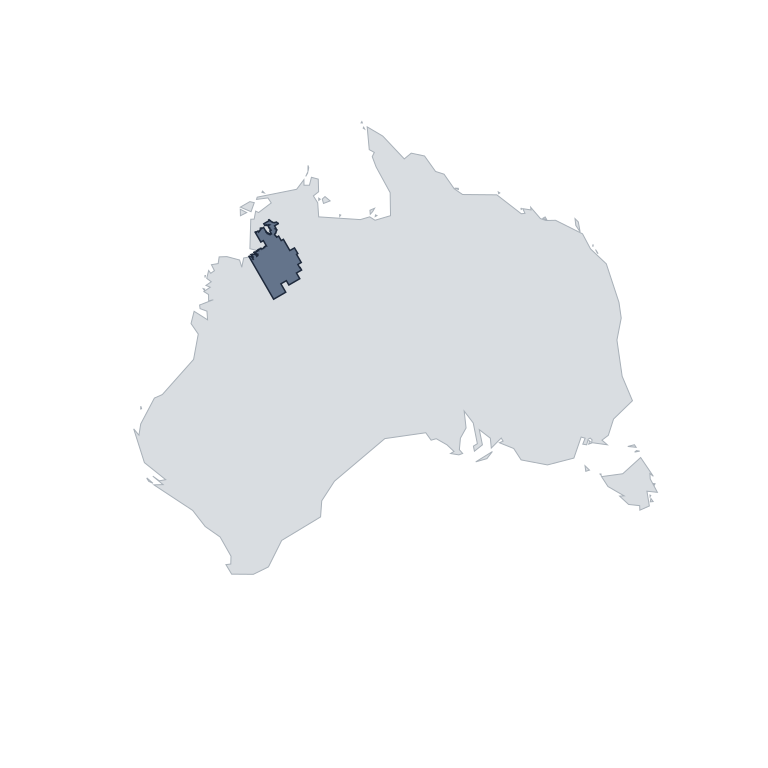 location of Victoria Daly, Northern Territory, Australia, rotated 330°
{"feature_id": "25037944B16072859725230", "entity_name": "Victoria Daly", "entity_type": "district", "adm_level": 2, "iso_a3": "AUS", "parent_name": "Australia", "parent_adm1": "Northern Territory", "projection": "mercator", "projection_center": [130.631, -15.929], "detail": "fine", "context": "in_parent", "style": "filled", "palette": "slate", "viewbox_px": 768, "rotation_deg": 330, "n_neighbors": 0, "source": "geoboundaries", "source_scale": "gbopen_adm2", "svg_char_len": 8487}
<svg xmlns="http://www.w3.org/2000/svg" viewBox="0 0 768 768"><g transform="rotate(330 384 384)"><path d="M506.9,168.7L514.1,199.2L523.0,197.7L533.1,206.8L534.9,225.7L540.9,232.3L542.4,250.0L546.8,259.2L576.3,276.6L588.0,305.2L591.4,306.7L591.9,301.6L598.4,306.8L599.4,304.3L602.2,319.0L606.0,323.4L614.4,328.0L631.0,353.2L630.4,370.3L636.6,391.1L628.3,430.8L622.4,445.5L607.7,462.4L594.1,496.4L590.8,522.7L565.3,529.1L552.6,540.6L544.7,541.6L547.0,548.3L534.5,538.6L536.3,536.3L535.5,533.9L533.2,533.9L529.1,538.0L526.1,535.5L531.1,531.5L528.2,528.5L511.4,543.1L485.1,535.8L464.8,518.3L464.1,504.7L454.6,492.6L458.6,493.0L458.5,489.4L444.9,493.1L449.0,484.1L443.7,471.2L438.8,485.9L428.7,487.4L430.4,482.5L435.0,482.4L441.8,462.4L439.9,447.5L433.1,463.1L423.1,469.1L416.4,478.6L417.4,483.5L413.4,482.8L406.9,477.5L410.9,477.4L408.1,468.1L401.9,457.5L396.7,456.2L395.8,447.1L357.4,431.7L292.5,443.4L271.7,454.0L262.6,467.4L217.2,468.3L192.5,484.6L175.7,483.5L157.0,472.5L156.8,461.4L161.3,463.3L165.4,456.6L165.6,434.6L157.9,418.1L155.1,397.8L134.3,356.3L142.4,360.7L137.7,348.2L141.0,355.5L147.1,357.7L137.2,332.3L144.8,297.7L146.2,305.8L153.3,297.0L178.1,281.4L186.8,282.3L231.4,267.5L248.1,247.9L247.1,235.2L255.9,226.1L263.3,240.2L267.1,232.4L262.4,226.8L263.8,223.4L278.3,225.7L273.7,224.3L276.8,218.8L274.2,213.9L281.9,213.3L279.1,209.6L285.5,209.1L283.3,203.9L288.9,198.0L289.3,201.5L293.8,201.1L294.2,194.4L300.6,196.8L304.8,191.5L311.6,195.1L320.9,204.4L319.2,211.8L325.5,204.7L338.7,209.4L341.4,205.4L335.5,199.8L351.0,174.7L354.0,176.3L359.3,170.1L361.1,172.8L376.9,170.8L376.5,164.8L365.9,160.4L367.6,158.8L405.7,171.7L416.8,167.0L414.1,171.9L418.8,174.6L424.5,168.7L429.5,173.7L423.5,184.8L416.9,185.8L417.2,193.9L411.0,206.6L445.7,229.8L455.2,232.1L458.1,237.7L473.8,241.5L485.0,221.4L485.7,192.1L487.5,181.2L491.4,178.6L488.4,173.7L498.0,152.9L506.9,168.7ZM526.1,573.0L545.9,581.1L569.5,576.0L571.1,598.6L569.5,594.5L567.1,599.3L566.6,614.5L558.1,608.3L552.8,622.3L542.5,621.2L544.6,617.2L535.6,610.6L532.0,598.9L536.0,600.9L526.7,584.8L526.1,573.0ZM348.0,159.0L359.0,159.0L362.3,162.1L355.0,168.3L348.0,159.0ZM424.5,497.3L444.1,496.7L435.8,500.1L424.5,497.3ZM426.6,192.2L428.9,198.5L421.9,197.4L423.0,193.0L426.6,192.2ZM629.9,350.3L629.4,342.6L632.1,336.3L633.3,340.8L629.9,350.3ZM563.9,560.0L570.5,561.8L570.7,564.9L563.9,560.0ZM346.9,160.8L350.8,166.9L343.8,166.5L346.9,160.8ZM518.9,561.3L515.1,560.5L517.2,555.3L518.9,561.3ZM463.7,227.1L460.4,229.0L457.0,230.1L458.7,226.5L463.7,227.1ZM134.3,354.5L131.6,350.7L131.4,347.3L131.8,347.1L134.3,354.5ZM569.3,567.9L571.9,570.0L567.0,568.3L569.3,567.9ZM604.5,319.9L607.1,319.9L607.1,323.3L604.5,319.9ZM543.2,249.7L546.2,251.7L545.7,252.8L543.2,249.7ZM557.9,616.6L558.3,620.4L555.7,619.2L557.9,616.6ZM634.4,373.3L634.6,377.6L634.2,377.5L634.4,373.3ZM375.9,158.7L374.1,157.0L375.3,156.2L375.9,158.7ZM427.0,159.0L424.3,162.1L427.5,156.7L427.0,159.0ZM634.7,368.2L633.5,369.6L634.3,368.0L634.7,368.2ZM431.0,216.1L429.5,216.7L430.3,215.2L431.0,216.1ZM421.2,192.1L419.3,192.4L420.4,190.4L421.2,192.1ZM162.3,281.6L161.7,284.2L160.8,284.0L162.3,281.6ZM494.8,151.4L494.7,153.5L493.9,152.0L494.8,151.4ZM533.2,535.1L533.7,536.8L533.0,536.3L533.2,535.1ZM423.6,163.0L420.0,165.1L423.7,162.5L423.6,163.0ZM283.6,200.8L282.2,202.3L283.1,200.6L283.6,200.8ZM559.3,613.9L558.1,614.6L558.8,613.2L559.3,613.9ZM462.1,234.6L460.1,234.6L461.2,233.3L462.1,234.6ZM276.2,212.2L275.2,213.0L275.1,211.0L276.2,212.2ZM568.9,605.9L567.2,607.0L567.7,605.0L568.9,605.9ZM496.0,145.7L495.8,147.1L494.7,146.4L496.0,145.7ZM532.3,537.4L534.0,538.9L531.2,538.4L532.3,537.4ZM579.8,276.4L578.5,276.5L579.0,274.8L579.8,276.4ZM590.8,301.3L590.1,301.4L590.6,300.0L590.8,301.3ZM526.9,570.3L526.4,571.7L526.0,570.0L526.9,570.3Z" fill="#d9dde1" stroke="#a8b0b8" stroke-width="1"/><path d="M330.8,255.4L344.8,255.4L344.8,245.7L351.1,245.7L351.1,250.7L363.7,250.7L363.7,244.1L369.6,244.1L369.6,241.2L369.2,241.2L369.2,237.4L373.1,237.4L373.1,228.0L374.6,228.0L374.5,221.4L369.2,221.3L369.2,208.4L366.7,208.4L366.7,203.2L364.7,203.2L364.4,203.2L364.4,202.9L364.4,202.7L364.5,202.4L364.3,202.0L364.4,201.9L364.3,201.6L364.2,201.6L364.2,201.4L364.0,201.2L364.1,200.5L363.8,200.0L363.9,199.9L364.0,199.9L364.1,199.7L364.3,199.6L364.5,199.5L364.6,199.4L364.8,199.3L365.0,199.4L365.3,199.2L365.5,199.3L365.6,199.1L365.7,198.9L366.2,198.7L366.5,198.5L366.5,198.4L366.6,198.1L366.9,197.8L367.1,197.8L367.2,197.5L367.5,197.3L367.6,197.2L367.8,197.2L368.0,197.3L368.4,197.1L368.5,197.3L368.5,197.1L368.3,196.9L368.0,196.5L367.9,196.2L367.9,195.8L367.4,195.2L368.3,195.2L368.3,192.3L372.6,192.3L372.7,192.1L372.7,191.7L372.4,191.4L372.2,191.2L372.1,190.9L372.1,190.7L371.9,190.4L371.9,190.1L371.7,190.1L371.1,189.8L370.9,189.8L370.9,189.7L370.7,189.6L370.4,189.5L370.1,189.6L369.8,189.6L369.7,189.5L369.6,189.4L369.4,189.2L369.2,189.1L368.9,188.8L368.7,188.7L368.4,188.4L368.4,188.0L368.3,187.9L368.0,187.5L367.8,187.4L367.6,187.2L367.5,186.6L367.5,186.4L367.3,186.1L367.3,185.7L367.2,185.6L366.9,185.5L366.9,184.9L366.8,184.7L366.7,184.5L366.6,184.2L366.3,184.2L366.3,185.1L360.0,185.1L360.0,187.2L361.3,187.2L361.3,187.5L361.7,187.5L361.7,188.0L363.0,188.2L363.8,188.4L364.2,188.6L364.3,188.8L364.5,189.0L362.6,189.0L362.6,191.4L362.8,191.4L362.8,191.5L362.7,191.5L362.9,191.8L362.6,191.8L362.6,194.1L363.1,194.1L363.1,194.4L361.6,194.4L361.6,197.8L360.8,197.8L360.9,197.7L360.9,197.4L360.8,197.2L360.7,197.2L360.3,197.1L360.2,197.1L360.1,196.9L360.1,196.7L359.9,196.7L359.7,196.8L359.6,197.0L359.4,196.6L359.4,196.3L359.2,196.4L359.2,196.1L358.9,196.0L358.7,196.0L358.7,195.9L358.8,195.7L358.5,195.7L358.4,195.5L358.2,195.4L358.4,195.0L358.6,195.0L358.7,194.8L358.5,194.7L358.4,194.5L358.3,194.3L358.1,194.3L358.1,194.0L357.9,194.0L357.9,193.9L358.1,193.7L358.4,193.4L358.4,193.1L358.1,193.1L357.7,193.2L357.6,192.9L357.4,192.6L357.5,192.7L358.0,192.5L358.0,188.2L355.8,188.2L355.8,187.6L355.6,187.6L355.4,187.5L355.1,187.3L355.0,187.2L354.8,187.2L354.7,187.4L354.5,188.0L354.6,188.4L354.3,188.5L354.2,188.6L354.0,188.8L353.7,188.9L353.6,188.7L353.3,188.7L352.6,189.4L351.9,189.4L351.9,189.6L351.6,189.6L351.4,189.7L351.4,188.5L349.1,188.5L349.0,188.4L349.0,188.1L348.7,188.0L348.4,188.1L348.5,188.4L348.3,188.3L348.3,199.5L351.2,199.5L351.2,205.3L351.1,205.2L351.0,205.4L350.9,205.3L350.6,205.4L350.4,205.3L350.2,205.4L350.1,205.5L349.8,205.4L349.7,205.6L349.3,205.5L349.2,205.4L349.1,205.5L349.0,205.8L348.9,205.9L348.8,206.0L348.7,205.9L348.6,205.6L348.4,205.6L348.2,205.9L347.9,205.8L347.7,205.9L347.6,206.0L347.3,206.0L347.1,206.1L346.8,206.1L346.7,206.2L346.3,206.1L346.1,205.9L345.9,205.9L345.7,205.6L345.6,205.4L345.4,205.3L345.5,205.2L345.4,204.9L345.4,205.0L345.2,205.2L345.2,204.9L344.9,204.8L344.8,205.0L344.6,204.9L344.4,204.8L344.1,205.0L343.9,205.0L343.3,205.1L342.8,205.1L342.7,205.0L342.6,204.8L342.6,204.7L342.4,204.7L342.3,204.8L342.0,204.7L341.8,205.0L341.5,205.0L341.8,205.2L341.8,205.3L341.7,205.2L341.3,205.4L341.4,205.5L340.8,205.7L340.4,205.6L340.0,205.6L339.3,205.6L338.9,205.4L338.8,205.5L338.7,205.6L338.5,205.3L338.0,205.0L337.9,205.1L338.1,205.5L338.3,205.7L338.4,205.8L338.5,206.0L338.2,206.2L337.8,205.5L337.4,205.1L337.1,204.9L337.0,205.0L337.4,205.6L337.5,205.7L337.5,205.9L337.6,206.0L338.1,206.8L338.2,207.1L338.3,207.2L338.2,207.0L338.4,206.9L338.5,206.9L338.5,207.0L338.5,207.5L338.7,208.0L338.8,208.0L339.0,207.9L339.1,208.0L338.9,208.0L338.8,208.6L338.9,208.9L339.3,209.3L339.1,209.5L339.0,209.4L338.7,209.3L338.4,209.5L338.0,209.6L337.9,209.7L337.9,209.8L337.7,209.8L337.8,209.6L338.1,209.4L338.3,209.2L337.7,208.2L337.3,207.9L337.3,207.6L336.8,206.8L336.2,206.6L335.9,206.5L335.7,206.4L335.4,206.3L335.3,206.1L335.2,205.9L334.7,205.8L334.4,205.7L334.0,205.8L334.1,205.6L333.8,205.6L333.6,205.5L333.7,205.9L333.7,206.2L333.8,206.4L333.7,206.5L333.7,207.0L333.8,207.4L333.7,207.7L333.9,207.8L334.1,208.0L334.3,207.9L334.4,208.1L334.6,208.0L334.4,208.1L334.3,207.9L334.1,208.1L334.0,208.4L334.0,208.2L333.9,208.3L333.7,208.4L333.8,208.6L333.9,208.8L333.7,209.0L333.8,209.0L333.6,209.3L333.5,209.5L333.7,209.8L333.4,209.6L333.2,209.6L333.3,209.5L333.1,209.8L333.1,210.0L333.0,209.9L332.9,210.1L332.8,209.9L333.0,209.7L333.1,209.4L333.2,209.2L333.3,209.1L333.2,208.9L333.1,208.7L332.9,208.2L333.0,207.9L333.2,207.4L332.8,207.2L332.8,207.3L332.7,207.4L332.8,207.2L332.4,206.9L332.3,207.0L332.2,207.3L332.2,206.7L331.6,206.2L331.5,206.4L331.4,206.4L331.2,206.1L330.8,206.0L330.8,255.4Z" fill="#64748b" stroke="#1e293b" stroke-width="1.5"/></g></svg>